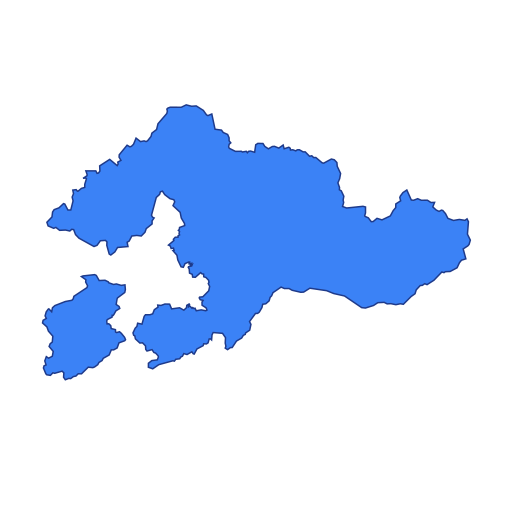 the district of Cao Loc, Lạng Sơn, Vietnam, rotated 6°
{"feature_id": "81297802B94679881937971", "entity_name": "Cao Loc", "entity_type": "district", "adm_level": 2, "iso_a3": "VNM", "parent_name": "Vietnam", "parent_adm1": "Lạng Sơn", "projection": "orthographic", "projection_center": [106.799, 21.875], "detail": "fine", "context": "isolated", "style": "filled", "palette": "blue", "viewbox_px": 512, "rotation_deg": 6, "n_neighbors": 0, "source": "geoboundaries", "source_scale": "gbopen_adm2", "svg_char_len": 6076}
<svg xmlns="http://www.w3.org/2000/svg" viewBox="0 0 512 512"><g transform="rotate(6 256 256)"><path d="M429.1,266.6L435.5,261.5L442.5,252.5L444.7,252.9L446.0,251.8L450.7,251.1L457.2,246.7L459.0,241.5L460.8,238.7L465.0,236.9L461.3,227.3L465.6,223.8L466.7,222.2L467.5,217.8L464.0,212.2L463.7,199.7L462.0,197.0L460.1,198.7L454.4,198.4L448.7,200.0L442.9,198.5L440.0,194.0L437.0,191.2L435.6,191.0L433.4,192.5L430.5,191.5L426.7,188.7L428.0,184.0L424.4,184.5L420.6,182.6L414.6,183.3L410.8,182.1L406.9,184.1L404.6,184.1L399.1,174.6L395.5,177.6L393.3,181.3L392.9,182.8L394.1,186.0L389.6,189.6L389.9,193.3L387.7,196.5L385.4,202.1L377.5,206.9L372.4,205.9L368.9,209.5L367.0,209.8L363.7,206.3L360.3,205.2L359.9,204.5L360.4,201.7L359.8,195.8L357.2,195.4L341.1,198.8L336.9,197.7L337.6,193.6L336.8,191.3L337.1,187.4L334.0,182.3L332.0,181.4L331.9,179.1L329.8,174.7L331.1,170.4L331.5,165.1L327.4,158.3L326.7,154.6L323.8,152.1L320.8,151.7L313.6,156.6L312.0,156.4L305.2,151.8L303.1,152.1L301.0,150.5L298.8,151.2L294.1,147.3L291.9,147.5L288.0,145.8L285.9,146.1L284.6,147.3L281.5,146.5L279.2,147.0L278.8,145.3L277.3,144.4L272.8,146.4L271.4,142.8L267.4,146.3L262.9,145.0L260.8,145.4L257.1,148.1L253.3,146.1L251.2,143.4L246.1,143.8L244.1,145.4L243.8,153.0L239.6,152.2L237.7,152.7L236.6,154.2L235.4,152.9L231.6,154.0L230.5,153.4L224.6,154.1L218.2,151.7L217.4,150.4L217.6,147.7L219.1,146.1L217.2,144.2L216.9,141.3L215.1,138.1L210.5,136.6L208.5,134.4L202.0,134.2L197.2,119.4L193.5,121.4L192.0,120.8L188.4,116.7L180.9,113.0L176.3,113.8L170.8,113.0L166.1,115.9L155.1,117.0L152.9,118.1L152.0,119.2L152.7,121.2L152.4,123.6L144.7,134.7L143.9,140.6L139.6,144.7L139.1,148.1L136.1,152.8L134.7,153.7L132.7,153.2L129.2,154.3L124.4,151.3L122.5,157.7L120.6,160.0L119.1,160.6L116.2,159.3L109.4,169.6L109.5,172.0L111.7,175.0L108.7,177.1L109.3,178.9L108.5,180.6L100.4,175.2L91.1,182.7L91.9,187.8L90.7,189.9L89.3,190.4L87.8,188.1L77.9,189.1L79.5,192.5L79.5,193.9L75.9,196.8L78.5,196.2L79.3,196.9L78.2,202.6L78.5,205.7L75.3,207.0L72.4,210.0L71.6,210.2L70.2,208.8L66.9,209.6L68.0,213.1L67.0,216.6L68.3,220.3L67.0,229.6L64.1,229.9L60.4,224.3L59.1,224.0L55.0,228.7L50.4,231.0L49.1,233.5L49.0,238.5L44.5,244.3L46.1,247.8L51.9,249.6L54.0,248.5L58.0,251.0L63.8,250.1L68.2,250.6L70.0,248.7L71.9,248.8L74.3,253.6L78.1,256.8L93.9,263.5L96.8,262.0L99.6,257.1L104.7,256.2L106.3,257.6L106.5,261.0L109.8,269.4L111.5,270.2L115.2,266.7L117.4,262.0L127.7,260.0L126.4,255.8L128.3,254.4L130.4,249.1L135.3,248.0L139.8,248.1L143.1,244.0L144.0,240.2L149.3,235.0L149.0,231.9L150.7,228.8L149.0,228.2L147.8,226.4L150.7,208.2L153.7,204.8L154.2,202.1L156.2,201.3L158.8,204.5L164.5,208.0L168.4,208.6L169.5,210.6L168.2,214.6L176.0,220.5L177.7,226.0L181.4,231.0L181.9,233.2L177.0,235.6L176.9,237.7L176.1,238.6L177.4,239.7L177.1,241.6L177.8,243.0L176.4,244.0L176.5,245.4L173.7,245.8L172.1,248.0L172.7,249.2L167.8,254.3L169.7,255.0L170.8,257.4L173.1,256.8L173.9,258.9L172.8,259.3L177.3,263.5L178.6,268.0L182.6,274.6L184.9,274.8L186.2,271.0L189.7,269.0L190.6,269.0L190.2,270.6L192.4,270.1L191.4,271.7L191.8,272.3L193.5,271.1L193.1,272.6L190.0,273.7L189.8,274.4L190.9,275.9L191.7,280.0L194.5,280.9L195.2,283.6L197.9,283.5L202.7,278.3L204.1,279.4L205.8,279.5L206.2,282.1L208.5,282.6L211.3,285.0L212.0,287.0L211.4,288.4L213.1,291.1L212.6,295.6L207.4,302.1L204.2,302.8L203.9,303.6L205.1,305.3L208.0,305.7L207.1,307.5L207.5,310.6L211.8,312.8L212.9,314.9L211.8,315.7L207.2,315.3L202.3,316.7L200.8,314.3L199.9,314.8L198.5,313.9L197.9,314.7L195.3,312.6L194.2,313.6L193.9,312.1L194.9,311.2L194.5,310.7L192.3,312.3L192.3,314.6L189.9,317.4L185.4,315.5L177.6,317.4L175.1,312.9L170.4,313.3L166.7,315.1L163.4,315.1L163.9,317.1L160.5,320.0L159.3,324.3L156.7,325.5L152.2,326.0L151.1,327.7L149.7,335.7L145.3,335.2L144.9,338.5L143.4,340.4L141.7,345.3L142.6,347.6L143.8,348.1L144.7,351.0L149.6,354.7L152.2,354.2L155.5,356.9L156.1,360.4L157.5,361.9L162.4,360.0L164.5,362.6L166.4,363.1L169.0,365.4L169.5,366.6L168.7,369.6L163.3,370.9L160.2,373.9L160.6,377.9L165.1,379.0L170.7,374.2L184.3,368.9L185.8,369.1L187.0,367.1L190.8,366.2L192.0,364.1L193.3,363.4L194.4,360.6L197.7,361.2L202.2,358.0L203.8,359.8L204.8,360.0L207.0,354.6L212.8,350.7L213.1,348.8L215.9,348.6L217.4,347.4L218.1,343.4L219.4,343.2L220.6,344.1L220.5,339.0L221.4,336.6L230.8,336.4L234.2,340.4L234.5,345.9L235.5,348.9L235.0,350.8L237.5,352.1L240.1,349.8L241.9,349.5L245.5,342.6L250.3,339.1L251.7,336.2L253.5,335.1L253.7,333.6L257.5,330.4L258.1,324.5L256.4,321.9L261.5,313.2L263.6,312.9L265.1,311.5L267.3,306.7L267.7,303.3L270.7,302.5L273.7,299.3L274.4,295.6L275.7,294.0L276.7,290.7L284.2,284.3L287.7,285.4L292.3,284.9L295.5,286.3L304.3,287.4L307.2,286.9L312.9,282.4L329.9,283.1L337.2,285.2L348.2,286.5L366.5,296.3L370.3,296.3L378.1,292.9L382.0,289.7L388.3,288.7L391.4,289.9L395.1,289.3L400.2,289.8L404.5,288.4L407.6,288.6L414.5,280.1L418.1,276.9L418.9,272.9L422.4,268.2L424.5,267.8L426.7,265.9L429.1,266.6ZM128.7,298.4L125.0,299.3L120.1,298.4L117.3,299.2L112.3,298.0L111.9,297.2L108.4,295.9L102.6,296.8L99.2,292.0L97.5,291.4L86.0,293.9L84.5,294.7L89.3,297.4L89.3,299.7L91.6,303.2L91.2,305.1L79.1,315.1L78.7,317.7L77.5,319.3L71.1,321.2L61.2,326.3L59.0,328.7L58.6,332.8L55.5,330.2L54.9,330.6L53.2,333.5L52.5,337.6L54.0,340.0L51.0,342.2L50.7,344.9L55.5,348.4L57.4,352.4L62.3,357.0L62.4,362.9L60.5,364.7L59.7,367.6L64.3,372.1L63.9,377.0L60.4,379.3L58.0,378.0L56.9,382.4L58.6,386.3L56.7,387.3L56.3,389.6L59.3,395.1L60.3,396.0L64.0,396.2L66.2,393.4L68.0,393.7L75.2,390.8L77.1,392.3L77.3,396.7L79.3,399.0L82.6,397.3L84.5,397.3L87.0,395.0L89.5,394.2L91.5,391.7L94.8,391.4L100.8,384.1L105.4,384.1L107.1,383.2L110.0,380.6L110.9,378.3L113.8,376.1L114.8,373.7L120.3,369.8L121.9,364.5L124.3,364.2L127.5,362.0L128.8,356.7L134.3,354.0L135.0,352.9L133.8,350.6L130.2,347.0L128.2,345.6L125.4,346.7L124.3,346.3L123.9,343.9L119.6,343.3L118.8,340.4L116.7,338.8L115.0,339.1L114.4,336.6L114.4,335.4L115.4,334.3L119.2,331.9L119.2,330.0L120.1,330.1L120.8,329.0L122.4,325.2L126.0,322.4L125.1,320.5L122.0,318.8L122.3,313.4L122.6,312.2L129.3,306.0L129.6,303.0L128.7,298.4Z" fill="#3b82f6" stroke="#1e3a8a" stroke-width="1.5"/></g></svg>